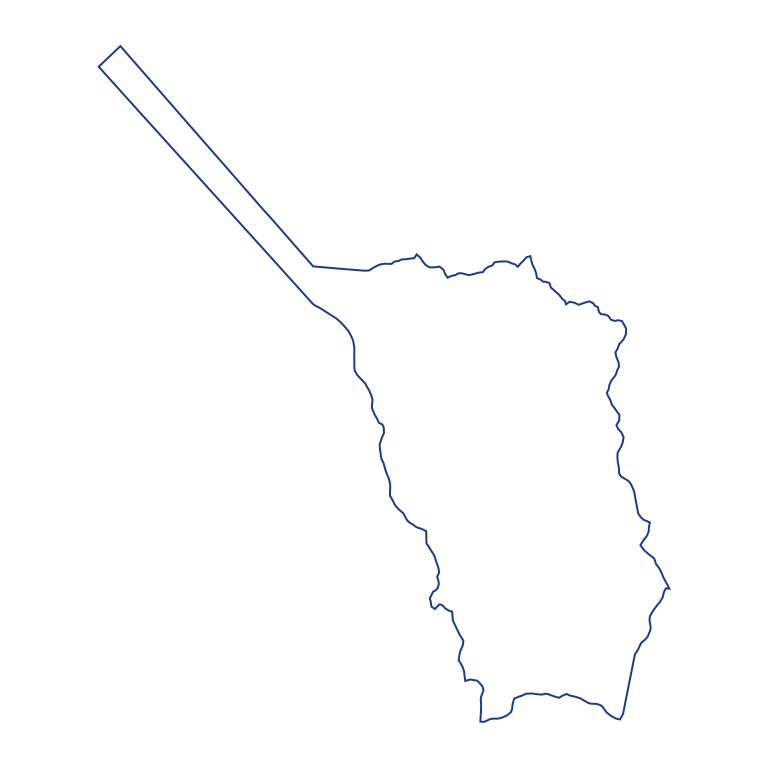 outline of Rangwe, Nyanza, Kenya
{"feature_id": "3690345B99365267658233", "entity_name": "Rangwe", "entity_type": "district", "adm_level": 2, "iso_a3": "KEN", "parent_name": "Kenya", "parent_adm1": "Nyanza", "projection": "robinson", "projection_center": [34.574, -0.513], "detail": "fine", "context": "isolated", "style": "outline", "palette": "blue", "viewbox_px": 768, "rotation_deg": 0, "n_neighbors": 0, "source": "geoboundaries", "source_scale": "gbopen_adm2", "svg_char_len": 4454}
<svg xmlns="http://www.w3.org/2000/svg" viewBox="0 0 768 768"><path d="M667.5,584.8L665.3,581.1L663.5,577.6L661.5,572.6L659.4,568.5L656.0,563.9L654.1,558.3L648.9,554.4L644.4,550.4L640.4,545.3L642.2,542.2L644.2,539.4L647.1,535.6L648.7,531.3L648.9,527.2L649.9,522.6L647.3,521.3L643.4,519.7L640.4,516.7L638.2,513.3L637.2,508.3L635.6,499.7L634.2,491.5L630.8,483.8L628.0,480.6L624.0,478.3L621.0,476.5L619.2,473.6L618.8,467.4L617.8,462.2L617.4,457.2L617.6,452.9L621.0,446.8L622.6,442.7L623.6,437.2L621.4,432.4L618.4,429.3L616.4,425.2L619.2,420.4L619.4,414.7L616.4,410.9L614.4,407.9L611.9,404.7L610.3,400.0L607.7,395.4L606.9,392.5L608.7,389.3L609.3,385.2L611.3,380.7L613.0,378.4L614.1,377.2L615.8,374.6L617.1,370.5L619.0,366.6L618.6,362.3L617.4,359.5L616.3,356.7L615.4,352.5L617.8,348.2L619.2,344.1L621.4,342.0L623.8,338.9L626.0,334.1L626.1,328.4L623.8,324.2L622.0,321.1L618.2,320.2L615.0,320.9L611.1,319.8L608.3,315.9L604.9,314.5L601.1,314.2L599.2,312.3L598.4,309.8L598.0,307.2L595.1,305.9L592.9,303.0L589.1,301.4L584.7,302.7L582.1,303.6L578.8,304.8L574.4,302.7L569.6,301.8L566.0,304.3L565.0,301.1L562.0,298.6L559.2,294.8L555.6,291.8L553.6,289.8L551.0,287.7L549.5,283.2L546.1,281.8L543.3,281.8L540.3,279.4L536.9,278.1L536.1,273.1L534.5,268.7L532.3,264.3L531.3,260.5L530.3,256.2L526.3,257.3L523.5,260.7L520.3,263.7L517.8,266.8L515.0,264.3L511.6,263.4L508.1,261.7L504.0,261.4L499.4,261.6L494.6,262.3L492.2,265.5L488.5,266.8L485.5,268.7L482.9,272.1L478.5,272.7L474.3,273.9L469.1,275.2L464.9,274.1L461.3,273.2L458.0,273.4L455.7,275.0L451.4,275.9L447.6,277.7L445.0,273.7L443.5,269.8L439.6,266.6L434.8,267.3L429.4,267.3L425.7,265.0L422.7,261.4L420.3,257.7L416.7,254.4L414.1,258.3L410.8,258.4L407.6,259.1L404.9,259.3L402.2,259.3L398.5,260.9L394.4,261.6L391.6,263.9L388.2,263.9L384.4,263.7L379.6,264.6L375.4,266.6L371.8,268.7L369.0,270.5L364.1,270.7L355.9,270.0L342.1,268.9L313.2,266.4L294.1,244.6L271.2,218.4L261.6,207.8L222.7,163.2L204.0,141.9L132.0,59.4L120.4,46.1L98.7,66.7L123.4,94.2L267.3,253.4L268.6,254.8L312.3,303.3L314.3,305.1L320.6,308.4L336.5,318.6L341.1,322.7L342.2,323.9L343.9,325.7L347.6,330.1L348.9,331.8L350.3,334.4L352.2,338.3L353.3,341.5L354.3,347.3L354.3,355.2L354.3,358.2L354.3,361.3L354.4,368.6L355.0,371.1L357.3,375.1L359.4,377.3L363.0,381.2L365.1,383.2L367.4,387.5L368.4,389.1L369.4,391.0L371.2,395.2L372.5,399.7L372.3,402.2L371.9,405.7L372.0,407.9L372.5,409.6L374.3,413.9L375.7,416.4L376.7,418.0L379.0,422.9L382.4,424.5L383.7,427.3L384.0,433.1L383.0,435.2L382.1,437.1L380.6,441.5L379.8,443.9L379.7,445.8L380.1,450.3L380.7,453.8L381.2,458.2L383.4,462.8L383.9,464.5L384.4,466.3L385.6,470.4L386.3,472.4L387.3,475.1L389.1,479.4L390.0,483.6L390.2,485.6L390.2,488.6L390.0,492.2L390.0,495.8L392.2,499.5L395.0,505.1L398.9,509.5L403.3,513.3L405.9,518.2L407.3,520.4L408.9,522.1L413.1,524.7L415.1,526.3L417.1,527.4L421.9,529.0L426.3,531.3L426.2,533.7L426.5,543.6L427.6,545.0L430.0,548.8L432.6,552.8L433.8,554.7L434.7,556.6L436.0,561.0L437.3,564.6L438.2,567.1L439.2,572.4L438.2,574.5L437.2,576.7L438.5,581.2L438.8,584.4L437.5,588.5L434.7,590.9L433.0,591.9L429.7,598.6L430.6,600.9L431.4,606.5L434.9,609.1L436.4,607.3L439.4,604.4L441.0,604.7L442.6,605.4L445.0,608.2L447.0,609.5L448.5,610.5L452.2,611.7L452.4,614.6L452.7,618.9L453.3,621.5L455.6,626.2L456.4,628.0L457.7,630.7L460.3,635.9L463.3,640.5L463.1,643.5L462.5,646.1L460.4,650.8L459.7,653.3L459.3,655.8L458.7,660.4L460.3,662.7L462.3,666.4L464.1,671.2L464.5,675.8L465.3,681.0L469.6,679.6L471.3,679.6L472.9,680.0L477.1,680.6L479.1,682.5L482.5,686.4L483.5,690.2L481.4,696.0L480.9,697.8L480.8,700.1L481.1,704.6L481.1,707.2L480.9,712.7L480.6,716.2L480.4,721.6L483.5,721.9L485.6,721.3L490.4,718.9L495.0,718.6L497.7,718.7L502.1,717.6L506.8,715.5L510.7,712.5L512.0,709.5L512.6,704.4L513.4,701.4L514.2,698.7L518.6,696.7L521.6,695.8L526.1,693.7L531.9,693.5L533.7,693.7L536.1,694.1L541.3,694.6L545.8,693.8L547.3,693.9L549.9,694.8L554.2,696.4L559.2,697.8L562.0,696.0L566.6,693.9L568.8,695.1L570.5,695.7L576.0,696.9L580.5,698.5L582.5,699.6L584.1,700.6L588.2,702.9L589.9,703.5L591.9,703.7L596.3,703.9L599.8,704.9L602.2,706.3L604.9,710.1L606.6,712.4L611.1,716.0L615.7,718.4L618.0,719.1L620.0,719.4L623.0,714.1L634.9,654.4L637.5,650.4L638.8,647.8L641.1,643.0L644.4,640.2L647.5,637.0L650.0,631.0L650.6,628.6L650.5,626.0L649.5,620.3L649.9,616.2L652.0,612.5L653.7,609.8L657.0,605.4L658.1,604.2L659.9,602.0L662.5,597.8L663.9,592.2L665.9,588.3L669.3,588.7L667.5,584.8Z" fill="none" stroke="#1e3a8a" stroke-width="2"/></svg>